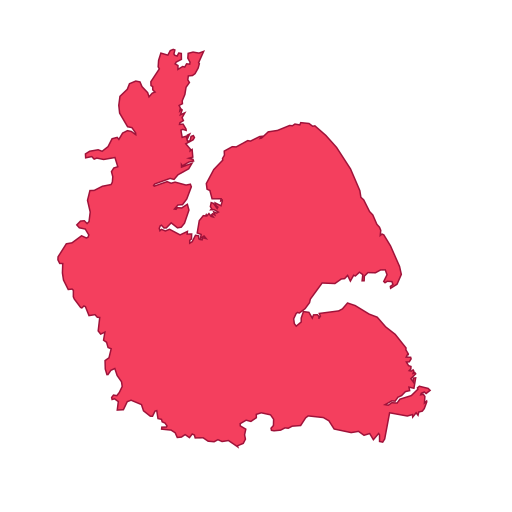 the border of Gujarat, rotated 190°
{"feature_id": "IND-3264", "entity_name": "Gujarat", "entity_type": "state/province", "adm_level": 1, "iso_a3": "IND", "parent_name": "India", "parent_adm1": "", "projection": "equal_earth", "projection_center": [71.839, 22.391], "detail": "fine", "context": "isolated", "style": "filled", "palette": "rose", "viewbox_px": 512, "rotation_deg": 190, "n_neighbors": 0, "source": "natural_earth", "source_scale": "10m", "svg_char_len": 6040}
<svg xmlns="http://www.w3.org/2000/svg" viewBox="0 0 512 512"><g transform="rotate(190 256 256)"><path d="M237.2,92.6L242.5,88.1L242.0,86.0L236.0,83.7L236.2,77.9L234.6,73.8L236.0,69.3L241.4,65.8L240.9,64.9L251.1,69.5L257.2,67.4L261.6,68.5L265.0,65.8L271.0,65.3L276.5,67.8L284.3,66.3L285.6,69.0L287.9,69.6L290.0,65.6L294.8,67.8L298.0,64.7L302.0,63.6L304.9,67.9L309.4,69.8L318.9,69.1L319.0,71.1L314.5,72.0L314.1,73.2L316.6,75.7L319.6,76.4L320.7,78.7L324.3,78.9L326.9,86.5L328.5,85.7L330.1,80.2L332.3,79.9L339.9,84.0L343.0,89.8L354.0,92.3L357.5,90.2L359.9,81.6L365.9,80.2L366.3,88.7L370.5,90.8L372.8,89.7L373.6,91.6L372.2,94.3L368.8,94.3L366.9,97.9L365.1,104.3L366.6,108.8L372.0,114.2L375.5,120.7L379.1,118.2L381.2,113.5L382.2,113.3L384.8,118.5L386.5,126.8L383.1,130.2L382.5,139.5L385.8,140.2L388.2,145.1L391.5,146.6L391.6,154.8L395.4,152.1L398.4,154.8L399.2,168.3L401.6,168.1L404.4,170.3L410.1,168.3L415.2,176.5L416.8,176.9L418.5,174.6L419.8,174.9L427.5,182.1L428.8,184.1L429.9,190.5L431.4,191.5L435.1,190.4L441.4,198.9L443.7,205.7L445.0,215.0L448.0,214.6L450.4,217.8L450.8,220.8L444.9,235.1L439.5,237.0L431.3,245.6L426.2,244.3L424.7,245.3L424.3,247.7L428.8,252.9L434.9,253.1L437.9,255.5L434.9,259.9L431.2,260.9L428.0,258.6L426.4,260.9L426.9,270.5L431.6,281.6L430.9,291.6L426.7,292.5L419.4,298.0L411.1,301.2L410.3,303.8L410.8,309.2L413.0,314.0L411.3,318.0L407.6,319.9L412.0,328.5L422.8,324.6L429.8,324.8L432.2,323.3L435.0,325.4L440.8,323.1L441.7,326.9L438.0,330.3L429.9,333.2L425.7,332.4L420.7,338.0L418.1,346.5L413.3,348.7L411.3,347.0L408.7,353.9L404.4,357.1L400.4,357.0L395.5,354.6L395.9,356.3L400.5,360.9L404.9,361.0L415.1,373.0L417.3,380.6L417.7,389.6L411.7,397.8L410.5,403.7L404.8,407.4L400.5,407.3L397.7,403.0L391.1,398.1L389.0,394.2L386.4,398.4L383.9,399.9L386.5,401.7L387.2,404.9L389.0,405.6L389.8,409.4L383.7,423.5L385.2,425.3L385.9,431.8L384.9,439.3L377.7,438.5L376.1,443.4L373.4,445.1L371.7,444.8L371.9,440.7L371.0,439.6L368.4,439.2L367.3,442.5L364.7,442.5L363.6,436.7L368.3,433.1L369.0,431.2L365.9,430.0L365.3,426.2L361.1,429.9L359.0,429.7L357.7,433.2L354.6,433.4L354.6,435.4L357.5,439.0L358.0,443.8L353.4,445.9L347.4,445.9L343.1,448.4L346.1,436.4L345.2,435.6L345.6,431.0L347.7,425.0L349.9,422.7L353.9,421.6L353.8,417.7L351.7,415.3L354.2,410.0L354.1,402.7L355.6,396.0L354.9,393.2L357.9,390.9L356.2,388.6L356.2,385.8L355.0,387.6L354.1,387.0L355.0,381.9L351.0,384.6L352.8,379.4L351.0,376.7L354.1,374.0L354.2,372.3L350.7,373.2L347.0,368.9L346.6,367.6L350.1,368.0L351.8,366.9L349.3,360.0L345.9,361.7L345.1,360.6L344.6,363.1L342.5,364.6L344.2,358.5L343.3,357.2L341.0,358.0L340.7,362.5L338.6,363.7L337.2,362.0L338.1,359.5L344.6,354.3L339.1,349.7L339.1,348.1L337.4,349.8L335.4,342.4L339.1,340.6L334.9,340.3L334.0,338.7L338.4,336.9L344.2,332.0L345.3,333.1L344.8,330.6L335.2,336.1L337.4,330.2L346.9,322.5L350.0,317.2L354.1,317.5L368.2,309.4L369.1,307.7L368.3,307.1L356.4,313.8L352.2,312.9L348.5,314.7L337.2,313.7L333.1,315.3L331.7,312.9L334.1,300.1L337.3,293.8L341.7,292.7L344.5,288.1L342.8,288.1L341.9,289.9L337.5,290.4L332.6,295.0L330.0,289.6L332.1,275.9L334.6,271.4L338.2,270.1L345.3,273.9L349.2,268.1L351.4,267.6L354.5,269.9L355.6,269.0L356.1,266.4L355.0,264.2L353.8,265.8L349.6,264.9L345.8,267.3L334.4,263.6L327.8,268.3L327.6,265.6L323.2,266.5L322.5,261.6L324.0,259.9L323.5,257.1L321.3,259.0L319.2,265.9L316.0,265.9L315.3,263.0L313.8,262.5L311.8,262.6L311.7,264.8L308.1,264.5L310.7,266.7L313.8,263.6L313.7,267.7L317.9,268.5L318.0,281.0L314.9,286.6L312.6,286.7L312.2,288.1L311.3,287.0L309.7,289.6L307.2,287.2L304.9,287.0L306.9,288.9L306.1,290.1L303.7,289.3L305.3,292.1L302.3,291.4L300.7,292.7L305.4,294.4L308.6,293.7L307.9,295.0L309.5,296.7L309.4,300.8L307.0,300.4L302.5,296.0L302.0,297.5L304.3,298.8L305.4,301.2L299.2,299.4L298.7,304.3L299.0,305.2L300.3,304.1L300.3,306.3L309.2,304.7L312.8,312.5L315.8,313.3L317.5,318.7L312.6,333.8L305.4,344.6L305.9,346.2L304.6,349.8L305.5,353.8L298.4,359.5L294.4,360.0L284.2,368.2L281.4,368.2L273.1,374.3L271.0,374.9L272.2,372.6L271.0,373.1L265.5,380.4L256.6,383.4L245.5,390.4L242.7,390.6L240.6,392.7L235.6,392.7L235.1,395.1L226.8,395.7L222.7,393.6L220.6,394.4L208.2,386.9L195.5,376.9L178.0,358.1L165.1,338.4L162.9,332.0L159.7,330.0L151.9,319.5L148.1,316.7L142.5,308.2L139.4,305.8L137.6,302.9L137.2,297.8L135.7,299.5L133.8,299.0L125.3,289.3L112.8,270.6L109.7,263.1L112.2,252.7L117.8,247.6L118.4,249.4L116.2,251.7L117.7,254.4L122.3,253.9L124.3,252.1L125.8,253.1L123.7,260.3L126.3,264.8L130.9,263.9L135.5,260.2L142.9,259.1L145.8,255.0L145.2,250.4L147.2,250.0L147.6,256.2L151.3,258.0L154.7,253.6L156.5,254.0L158.7,247.7L162.4,252.8L164.8,249.1L168.0,248.2L173.5,242.6L186.2,240.9L195.0,223.0L195.2,219.3L198.5,212.7L203.4,207.4L205.4,207.6L206.5,206.3L208.0,200.7L206.5,196.0L204.2,193.9L200.0,198.9L200.7,202.7L199.6,209.5L194.1,209.7L189.8,204.6L189.1,208.0L185.4,208.8L183.3,207.2L183.4,205.1L182.1,208.0L183.7,210.4L165.0,216.3L161.7,218.9L157.7,225.6L149.7,224.4L134.4,218.4L126.0,216.8L116.0,208.7L105.3,203.0L92.3,191.5L92.1,189.6L89.0,186.0L88.8,184.7L89.6,185.8L90.5,182.5L86.1,183.1L85.4,181.6L86.7,178.4L89.5,177.7L86.7,174.5L84.2,174.1L83.9,171.6L85.2,169.7L83.1,169.6L81.5,171.1L80.5,169.9L80.9,167.7L79.3,168.7L78.3,167.7L82.2,162.1L79.2,159.2L79.8,163.0L77.6,163.7L77.5,153.2L82.6,153.4L81.3,150.1L85.3,148.4L88.4,143.8L91.7,141.6L93.8,137.2L97.2,136.9L103.1,132.0L99.8,132.0L96.7,135.1L91.5,135.7L89.4,140.0L78.8,145.5L73.4,153.0L74.1,154.1L72.5,156.1L63.5,155.5L61.2,153.9L64.6,150.1L66.7,151.3L69.4,149.5L69.7,147.9L67.2,148.9L65.3,147.0L64.6,140.5L62.8,142.8L62.5,142.0L63.8,134.9L65.3,132.1L68.6,130.6L68.8,127.3L71.1,129.4L73.7,124.6L74.4,127.0L79.2,124.7L97.2,124.8L97.5,98.1L98.9,94.7L102.1,94.8L103.3,101.3L104.4,102.5L108.5,95.5L113.2,100.9L118.5,98.2L124.6,101.1L131.6,98.6L149.0,99.2L155.6,106.4L161.6,108.6L176.8,107.6L179.0,105.3L182.6,96.8L190.8,94.7L194.3,92.0L197.6,91.8L201.5,88.8L207.9,87.0L210.5,87.0L211.3,89.0L209.4,92.1L210.3,98.3L214.1,102.1L223.6,102.5L228.2,100.1L227.6,96.8L232.3,92.2L237.2,92.6Z" fill="#f43f5e" stroke="#9f1239" stroke-width="1.5"/></g></svg>